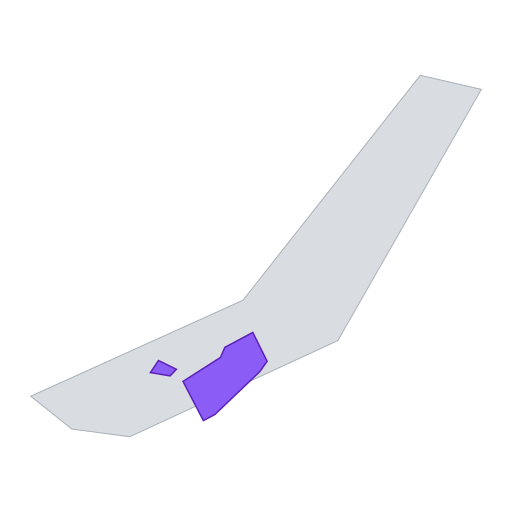 Paget on a map of Bermuda (Natural Earth projection)
{"feature_id": "BMU-5138", "entity_name": "Paget", "entity_type": "state/province", "adm_level": 1, "iso_a3": "BMU", "parent_name": "Bermuda", "parent_adm1": "", "projection": "natural_earth1", "projection_center": [-64.789, 32.281], "detail": "fine", "context": "in_parent", "style": "filled", "palette": "violet", "viewbox_px": 512, "rotation_deg": 0, "n_neighbors": 0, "source": "natural_earth", "source_scale": "10m", "svg_char_len": 455}
<svg xmlns="http://www.w3.org/2000/svg" viewBox="0 0 512 512"><path d="M337.8,340.6L129.7,436.7L71.9,429.1L30.7,396.2L243.0,300.2L420.3,75.3L481.3,89.4L337.8,340.6Z" fill="#d9dde1" stroke="#a8b0b8" stroke-width="1"/><path d="M183.0,381.4L220.5,357.4L224.9,347.3L252.8,332.4L267.1,361.3L259.9,371.5L215.0,414.4L203.4,420.6L183.0,381.4ZM158.5,360.5L176.4,369.3L170.1,375.9L150.4,372.6L158.5,360.5Z" fill="#8b5cf6" stroke="#5b21b6" stroke-width="1.5"/></svg>